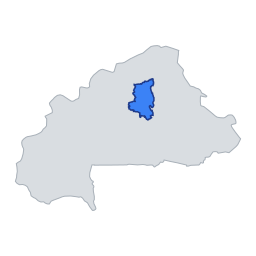 Sanmatenga, Sanmatenga, Burkina Faso shown in context
{"feature_id": "67063806B54692073140068", "entity_name": "Sanmatenga", "entity_type": "district", "adm_level": 2, "iso_a3": "BFA", "parent_name": "Burkina Faso", "parent_adm1": "Sanmatenga", "projection": "mercator", "projection_center": [-1.024, 13.246], "detail": "fine", "context": "in_parent", "style": "filled", "palette": "blue", "viewbox_px": 256, "rotation_deg": 0, "n_neighbors": 0, "source": "geoboundaries", "source_scale": "gbopen_adm2", "svg_char_len": 7547}
<svg xmlns="http://www.w3.org/2000/svg" viewBox="0 0 256 256"><path d="M198.3,165.0L190.9,165.3L188.3,166.1L186.6,166.1L186.6,165.4L186.4,165.0L177.2,162.8L170.7,161.5L164.1,160.0L163.7,161.4L162.8,162.3L161.4,162.3L160.4,162.1L159.7,163.2L158.6,164.6L157.1,165.3L155.6,166.2L154.8,166.9L154.2,166.9L152.6,165.1L150.7,165.0L146.9,165.3L145.2,164.8L142.9,164.5L137.5,164.9L128.9,164.2L127.5,164.6L127.1,164.9L118.5,165.0L109.1,165.1L101.2,165.1L94.3,165.2L94.3,164.9L92.0,164.9L91.8,165.5L89.8,172.7L89.6,176.6L90.7,179.1L91.8,180.6L93.2,181.3L93.3,182.1L92.2,183.3L92.3,184.4L93.6,185.6L93.9,186.9L93.2,188.2L93.4,191.4L94.3,196.4L94.3,199.6L93.5,201.1L93.9,203.7L95.6,207.2L95.9,208.8L95.3,209.5L93.9,210.4L92.4,210.4L90.8,208.2L90.0,207.2L88.7,205.0L87.5,202.8L86.0,201.8L84.5,200.9L82.6,198.1L80.8,196.8L79.0,197.2L76.2,196.7L70.7,196.0L64.7,196.2L62.2,196.8L59.8,197.8L53.6,200.1L51.1,201.2L49.3,204.0L47.2,203.9L45.1,203.0L43.7,201.8L40.9,202.0L38.2,200.8L35.5,198.4L33.6,197.6L31.1,195.8L30.4,192.4L28.9,190.1L27.4,186.8L25.3,185.3L22.8,184.5L19.4,184.7L17.1,183.4L15.4,181.4L15.8,179.8L16.6,177.4L16.7,175.1L17.3,171.4L16.9,166.8L16.3,163.6L18.2,162.2L20.4,161.0L21.7,158.8L23.1,153.9L23.7,149.6L23.3,148.1L22.6,146.8L22.0,145.0L21.7,142.7L22.1,140.8L23.7,139.0L25.8,137.4L27.3,136.7L31.1,136.0L36.0,134.8L38.8,133.5L40.9,132.3L42.0,131.2L43.2,129.2L45.1,127.6L46.5,125.9L46.7,121.4L46.7,118.8L45.6,117.4L45.1,116.2L52.3,112.6L52.3,110.1L51.3,107.3L49.9,105.1L49.4,103.1L51.4,100.8L53.2,99.1L54.4,97.6L57.3,95.4L60.2,94.8L62.9,95.7L70.8,100.9L72.2,101.3L73.8,100.9L75.9,99.5L78.6,98.4L79.6,94.9L79.5,89.7L80.1,87.3L81.6,86.9L86.1,87.9L87.3,88.0L88.6,87.6L89.6,86.7L89.5,85.0L89.3,83.6L90.8,78.8L93.5,75.2L99.0,70.6L100.7,69.7L102.7,69.3L112.5,72.4L114.1,71.6L116.4,63.9L119.1,63.2L122.3,63.0L124.4,62.4L125.4,61.8L130.1,58.9L138.3,54.9L142.7,53.2L143.6,52.6L146.8,49.8L151.0,46.5L153.6,45.9L157.3,45.6L159.7,46.2L160.3,47.1L161.1,47.5L165.9,46.2L172.8,48.4L178.8,50.5L178.4,51.9L178.4,54.3L177.9,58.1L177.3,62.7L179.8,65.7L182.7,68.9L183.5,70.1L182.7,73.2L183.3,75.1L184.8,78.1L187.5,82.0L190.2,86.0L192.1,86.5L193.9,86.9L195.0,87.6L196.6,88.3L198.2,88.7L199.6,89.6L200.5,90.5L201.6,92.9L204.7,94.5L206.8,96.1L206.0,97.0L203.3,96.6L200.8,95.9L200.4,97.1L200.3,101.6L200.7,105.4L201.3,105.9L203.8,106.6L209.9,111.4L215.3,116.0L217.2,117.2L220.2,117.7L223.6,117.9L225.0,117.5L228.3,115.1L230.1,114.9L231.7,115.0L232.5,115.3L234.1,117.2L235.6,120.1L236.0,122.2L235.9,123.3L235.4,123.7L232.7,124.3L231.5,124.7L231.2,125.3L231.6,126.7L232.2,127.7L235.1,131.8L239.3,137.3L240.6,138.8L239.9,140.4L237.7,144.7L236.1,146.5L229.0,152.7L225.5,151.9L218.2,153.2L217.1,151.8L215.4,151.6L213.2,151.8L212.5,152.4L212.2,153.0L211.5,153.8L210.1,156.2L209.1,156.9L207.8,157.2L206.2,157.2L205.2,157.5L205.2,158.7L204.9,159.8L203.9,160.3L203.4,161.4L203.5,162.6L202.9,163.1L201.5,162.8L200.7,162.5L199.9,164.0L198.9,165.0L198.3,165.0Z" fill="#d9dde1" stroke="#a8b0b8" stroke-width="1"/><path d="M153.0,115.3L153.0,114.8L152.9,113.8L153.0,113.6L152.9,113.1L152.9,112.7L152.8,112.4L152.7,112.1L152.4,111.7L152.0,111.3L152.1,111.0L152.0,110.9L151.9,110.7L152.0,110.5L151.9,110.5L151.6,110.5L151.4,110.5L151.1,110.4L150.8,110.0L150.7,109.9L150.7,109.5L150.3,109.0L150.1,108.3L149.5,107.3L149.5,107.0L149.4,106.4L149.4,106.2L150.2,105.6L150.4,105.6L150.5,105.7L151.2,106.5L151.5,107.0L151.8,107.4L152.1,107.5L152.3,107.5L152.6,107.4L152.9,107.0L153.1,106.7L153.3,106.4L153.5,106.0L153.7,105.4L153.7,105.1L153.5,104.4L153.0,103.5L152.9,102.9L152.9,102.6L153.1,102.1L153.3,101.7L153.8,100.9L153.9,100.7L153.9,98.9L153.9,97.8L153.9,97.6L153.5,96.9L153.4,96.8L153.2,96.1L153.2,95.8L152.8,94.7L152.5,93.9L152.6,93.5L152.5,93.1L152.0,93.1L151.9,93.0L151.7,93.0L151.6,92.8L151.6,92.5L151.6,92.2L151.6,91.8L150.8,90.0L150.8,89.9L150.9,89.5L150.9,89.3L150.6,88.7L150.5,88.1L150.6,87.9L150.8,87.6L150.8,87.4L150.6,87.0L150.6,86.9L150.7,86.6L151.0,86.4L151.3,86.3L151.5,86.1L151.7,85.8L151.9,85.8L152.0,85.7L152.3,85.4L152.7,85.4L152.8,85.4L153.0,85.5L153.1,85.2L153.1,84.9L153.3,84.4L153.5,84.0L153.6,83.9L153.3,83.4L153.4,83.2L153.5,82.7L153.6,82.4L153.6,82.1L153.4,81.8L153.3,81.3L153.1,81.1L153.1,80.8L153.1,80.7L152.9,80.5L153.0,80.1L153.1,79.7L153.0,79.4L152.9,78.9L152.7,78.8L152.4,79.1L152.2,79.1L151.9,79.0L151.7,79.0L151.4,79.0L151.2,79.2L151.1,79.4L151.0,79.8L150.8,79.8L150.7,79.6L150.2,79.5L150.0,79.8L149.8,80.0L149.7,80.0L149.4,80.1L149.2,80.1L148.8,80.4L148.7,80.5L148.6,80.8L148.5,81.0L148.3,81.0L148.2,81.2L147.9,81.2L147.6,81.2L147.5,81.3L147.4,81.3L147.2,81.4L146.7,81.6L146.2,81.5L145.8,81.3L145.4,81.2L144.8,81.2L144.7,81.3L144.6,81.6L144.5,82.2L144.3,82.3L144.2,82.4L143.9,82.3L143.5,82.4L143.2,82.3L142.9,82.5L142.4,82.8L142.3,83.0L141.9,83.7L141.6,84.0L141.3,84.1L141.1,84.1L140.9,83.8L140.8,83.7L140.7,83.7L140.4,83.8L140.2,84.0L139.8,84.1L139.1,84.2L138.8,84.1L138.4,84.1L138.1,84.1L137.7,84.3L137.2,84.2L136.0,84.5L135.4,84.7L135.1,84.6L134.2,84.4L134.2,84.6L134.2,84.9L134.2,85.1L134.4,85.2L134.9,85.9L135.3,86.3L135.5,86.7L135.5,86.8L135.1,87.3L135.2,87.5L135.2,87.8L134.6,88.3L134.4,88.5L134.3,89.0L134.1,89.6L133.6,90.2L133.7,90.4L134.2,91.2L134.3,91.6L134.6,92.0L134.4,92.3L133.7,92.4L133.6,92.5L133.0,93.0L132.9,93.1L132.9,93.3L133.1,93.7L133.2,94.1L133.6,94.6L133.8,94.8L134.1,94.9L134.1,95.0L134.3,95.1L134.6,95.3L134.6,95.6L134.7,95.8L134.9,96.2L134.9,96.4L134.9,96.5L135.0,96.6L135.1,96.8L135.4,96.9L135.7,97.3L135.7,97.5L135.2,97.8L135.2,98.0L135.1,98.3L134.7,98.7L134.7,98.8L134.7,99.1L134.5,99.3L134.4,99.5L134.7,100.0L134.8,100.6L135.0,101.1L135.1,101.4L134.6,101.4L134.4,101.2L134.1,101.1L133.6,101.1L133.0,101.4L132.5,101.8L132.3,101.9L131.8,101.9L131.6,101.9L130.8,102.2L130.3,102.3L130.1,102.4L129.9,102.4L129.7,102.5L129.4,102.7L129.2,102.7L128.9,102.8L128.9,103.0L128.9,103.3L129.0,103.5L128.8,103.8L128.6,104.1L128.5,105.0L128.9,105.3L129.4,105.5L129.6,105.8L129.7,106.3L129.7,106.6L129.5,106.8L129.4,106.9L129.3,106.7L129.2,106.6L129.1,106.8L129.0,106.7L128.6,106.7L128.5,106.8L128.5,107.2L128.9,107.7L129.0,107.8L129.0,108.1L129.0,108.5L128.9,108.8L129.1,108.9L130.0,109.1L130.3,109.5L130.4,109.8L130.5,110.0L131.0,110.0L131.8,109.9L131.9,110.0L132.1,110.3L132.6,110.0L132.7,109.9L132.8,109.9L133.0,109.9L133.2,110.1L133.3,110.1L133.7,110.2L133.9,110.3L133.9,110.8L133.7,111.0L133.6,111.4L133.8,111.4L134.0,111.5L134.5,111.3L135.3,111.6L135.8,111.8L136.3,111.8L136.9,111.7L137.4,111.7L137.8,111.9L138.3,112.2L138.8,112.4L139.3,112.7L139.8,112.9L139.8,113.0L139.8,113.4L139.7,113.6L139.9,114.1L139.9,114.4L139.8,114.5L139.9,114.8L139.7,115.0L139.7,115.3L139.8,115.3L139.8,115.6L140.0,115.8L140.3,115.7L140.6,115.7L140.7,115.9L140.6,116.1L140.2,116.5L139.9,116.7L139.8,116.8L139.9,117.0L140.0,117.0L140.3,117.3L140.5,117.3L140.6,117.2L140.8,116.9L140.7,116.7L140.8,116.5L141.0,116.2L141.0,115.7L141.5,115.6L142.1,115.8L142.7,115.9L142.9,116.0L143.3,116.0L143.7,116.1L143.9,116.1L144.1,116.1L144.3,116.0L144.4,116.3L144.8,116.7L145.2,116.6L145.2,116.9L145.2,117.0L144.9,117.3L145.2,117.4L145.4,117.3L145.5,117.4L145.7,117.9L145.9,118.2L146.2,118.4L146.4,118.7L146.5,118.9L146.5,119.2L146.7,119.3L147.1,119.4L147.8,119.9L148.4,119.7L148.6,119.6L148.7,119.3L148.8,119.1L149.2,119.0L149.7,118.9L150.0,118.8L150.4,118.5L150.3,118.3L150.5,118.1L150.9,118.1L151.5,117.7L151.4,117.6L151.0,116.8L150.9,116.7L150.7,116.6L150.6,116.4L150.5,116.2L150.4,115.9L150.5,115.8L150.7,115.7L151.0,115.6L151.2,115.4L151.6,115.2L151.8,115.2L152.2,115.3L152.4,115.2L152.5,115.2L153.0,115.3Z" fill="#3b82f6" stroke="#1e3a8a" stroke-width="1.5"/></svg>